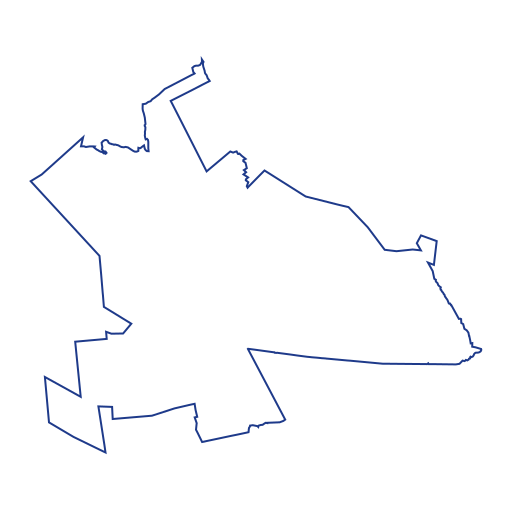 Cárdenas, San Luis Potosí, Mexico
{"feature_id": "50627088B72353439834550", "entity_name": "Cárdenas", "entity_type": "district", "adm_level": 2, "iso_a3": "MEX", "parent_name": "Mexico", "parent_adm1": "San Luis Potosí", "projection": "mercator", "projection_center": [-99.651, 22.008], "detail": "fine", "context": "isolated", "style": "outline", "palette": "blue", "viewbox_px": 512, "rotation_deg": 0, "n_neighbors": 0, "source": "geoboundaries", "source_scale": "gbopen_adm2", "svg_char_len": 4642}
<svg xmlns="http://www.w3.org/2000/svg" viewBox="0 0 512 512"><path d="M104.4,444.9L98.4,406.4L112.1,406.9L112.7,419.0L146.0,416.2L152.0,415.7L174.5,408.4L190.4,404.7L194.6,403.8L195.6,410.1L197.2,416.8L194.7,417.4L196.7,423.2L196.6,423.8L196.3,426.8L196.0,429.7L197.5,432.6L197.6,432.8L200.8,439.3L202.1,442.0L223.4,437.5L231.4,435.8L236.4,434.8L240.7,433.9L247.2,432.5L248.5,432.2L248.6,431.5L248.7,431.1L248.7,430.0L248.8,429.5L249.0,427.9L249.2,427.7L250.1,426.1L250.1,425.6L252.8,425.2L257.3,426.1L258.2,426.9L258.3,426.1L258.7,425.6L260.7,425.0L262.7,424.8L263.4,424.2L265.6,422.8L267.3,423.1L267.3,422.8L279.7,422.3L283.4,420.9L285.2,419.6L247.9,348.9L248.0,348.8L254.2,349.6L273.2,352.2L274.4,352.3L274.6,352.7L275.0,352.8L275.5,352.8L276.5,352.9L276.9,352.8L277.4,352.8L277.7,352.8L278.0,352.9L290.3,354.5L297.3,355.5L307.3,356.8L309.5,357.0L312.2,357.3L316.1,357.6L318.2,357.8L320.2,358.0L321.9,358.2L323.7,358.3L326.1,358.5L326.4,358.6L327.9,358.7L330.0,358.9L332.2,359.1L347.5,360.5L350.3,360.7L382.5,363.7L415.8,364.0L416.9,364.0L426.5,364.1L427.2,364.1L428.2,363.3L428.7,364.1L429.1,364.1L431.0,364.1L455.9,364.4L459.5,363.8L462.6,360.6L464.4,361.1L465.2,360.7L465.9,359.9L467.3,360.4L468.6,359.6L469.0,358.7L469.5,358.5L470.1,358.4L470.2,357.1L470.5,356.7L471.0,357.0L471.4,357.1L472.2,356.8L472.8,356.5L473.4,355.7L473.7,355.2L473.9,354.6L474.3,353.8L474.8,353.3L475.0,353.1L475.8,352.7L477.2,352.7L478.5,352.5L479.4,352.2L480.7,351.3L481.0,350.5L481.3,349.9L481.1,349.0L475.5,347.3L472.2,346.7L472.3,343.1L470.7,343.4L470.2,340.4L469.3,336.1L469.1,336.1L468.4,332.6L466.7,330.3L464.4,328.8L463.2,324.1L461.3,323.0L461.1,319.1L460.3,318.7L458.9,318.9L451.3,305.1L451.0,305.2L450.1,303.6L449.3,303.7L448.8,303.4L448.2,301.8L447.7,300.6L447.2,299.5L446.7,298.9L446.2,298.3L445.9,297.7L445.7,297.3L445.2,296.9L444.9,296.3L444.7,295.6L444.7,295.2L444.5,294.9L444.2,294.4L443.8,294.2L443.6,293.7L442.9,292.4L442.6,292.2L442.1,291.7L441.7,291.0L441.4,290.4L441.3,290.1L441.2,289.9L440.7,289.7L440.6,289.4L440.5,289.1L440.4,288.4L440.5,288.2L440.7,287.8L440.8,287.3L440.6,287.1L440.2,286.9L439.4,286.3L438.6,285.5L438.3,285.2L438.0,284.5L437.6,283.3L437.3,282.9L436.2,281.9L435.7,280.9L435.9,279.8L434.3,278.8L432.7,271.1L428.0,262.6L433.9,264.9L436.7,241.1L421.0,235.4L416.8,243.2L420.9,250.4L417.5,250.0L412.7,249.5L396.5,251.2L387.2,250.1L386.7,250.0L384.7,249.8L367.7,227.2L348.5,207.1L342.8,205.8L336.6,204.3L305.7,196.5L301.7,194.0L270.4,174.2L264.5,170.5L260.7,174.3L248.4,186.8L247.6,187.7L246.8,186.2L248.3,182.2L247.8,181.8L245.8,180.3L245.9,179.3L248.1,177.4L243.5,174.4L246.1,172.2L243.9,170.1L246.8,168.2L246.1,165.2L245.5,162.8L243.3,161.2L243.3,160.1L245.6,158.9L241.7,155.8L239.4,153.6L238.5,154.0L238.1,154.0L237.7,153.6L237.4,152.8L236.6,151.4L234.9,151.9L233.1,152.6L230.3,151.5L206.6,171.4L186.7,132.2L180.5,120.0L172.5,104.3L170.7,100.9L185.1,93.6L192.6,89.8L202.8,84.5L209.7,81.0L209.0,79.9L207.7,78.3L207.0,76.2L206.5,75.0L205.6,74.0L205.0,73.0L204.6,70.7L203.3,66.7L203.0,64.8L202.9,63.4L203.5,61.9L201.9,59.5L202.0,61.7L200.2,64.8L198.9,65.4L198.0,65.7L195.9,65.7L195.3,65.9L194.4,66.1L192.3,67.8L193.3,72.0L194.6,73.5L194.3,73.7L191.6,75.0L180.1,81.0L164.7,89.0L159.0,94.4L154.6,97.7L152.2,99.3L150.6,101.2L148.2,102.0L145.8,103.7L142.7,104.2L142.6,108.8L142.9,110.7L143.8,113.4L144.4,115.9L144.8,117.6L145.5,124.0L145.1,124.8L144.7,125.1L144.7,125.9L145.4,127.2L145.3,129.9L144.9,131.8L145.0,133.7L144.8,135.5L145.2,137.8L145.7,139.4L147.0,138.9L148.0,140.0L148.3,141.9L148.3,148.3L148.6,151.2L146.9,151.1L145.7,150.2L144.8,148.8L144.0,145.4L143.0,146.1L141.7,147.1L140.5,148.1L139.3,148.1L138.4,147.8L138.3,148.6L138.4,150.1L138.3,151.0L137.4,151.4L136.3,151.7L134.7,151.6L133.2,150.9L130.9,149.4L127.9,147.4L125.5,146.9L123.9,147.3L121.5,147.0L120.1,146.4L118.6,145.5L117.6,145.1L116.8,145.0L115.6,144.6L114.8,144.5L114.1,144.8L113.5,144.6L113.0,144.3L112.2,144.2L111.5,144.1L110.9,143.7L110.4,143.7L110.0,143.6L109.4,143.2L108.6,142.7L107.8,140.9L106.6,140.1L105.1,140.0L103.3,140.9L101.6,142.7L101.9,144.9L102.4,147.0L101.9,149.3L103.0,150.5L103.7,151.3L105.5,151.5L106.5,152.9L105.6,153.8L104.8,153.4L103.8,153.4L103.3,153.0L102.5,152.1L100.9,151.8L99.2,151.0L98.2,150.3L96.6,149.5L95.5,148.6L94.0,147.4L94.7,146.5L93.2,146.4L89.7,146.4L85.9,147.0L83.9,146.3L81.0,146.3L83.1,137.3L49.4,167.6L41.7,174.5L30.7,181.2L99.5,255.9L101.2,274.9L102.7,292.9L103.0,295.8L103.0,296.0L103.9,306.9L131.3,323.7L123.1,333.5L111.4,333.7L106.1,331.8L106.7,338.9L75.2,341.7L76.3,352.8L80.7,396.8L44.9,377.0L49.0,422.4L73.5,436.9L95.0,447.4L105.5,452.5L104.4,444.9Z" fill="none" stroke="#1e3a8a" stroke-width="2"/></svg>